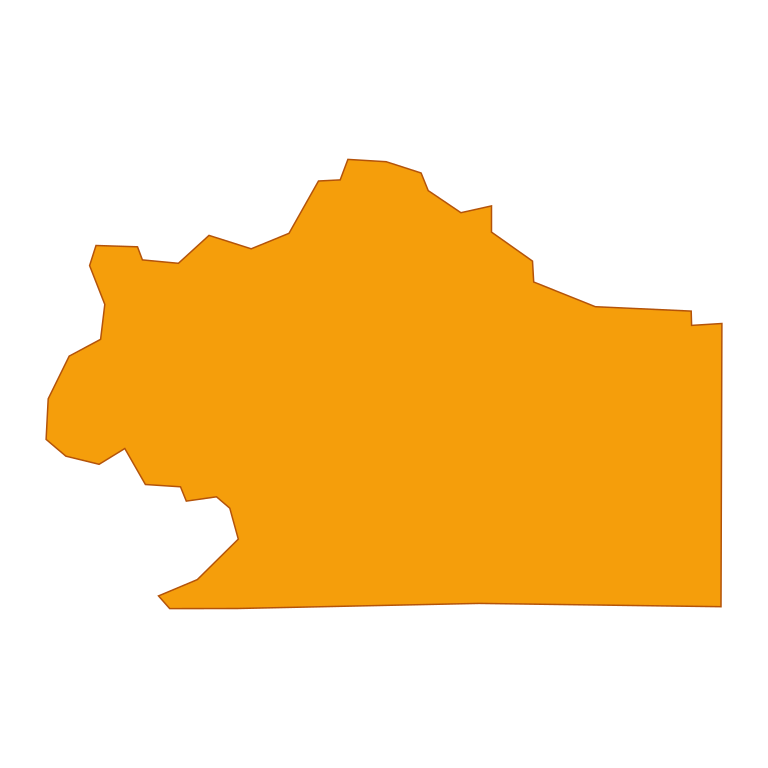 the district of Clear Creek, Colorado, United States of America
{"feature_id": "52423323B93273750320720", "entity_name": "Clear Creek", "entity_type": "district", "adm_level": 2, "iso_a3": "USA", "parent_name": "United States of America", "parent_adm1": "Colorado", "projection": "robinson", "projection_center": [-105.736, 39.708], "detail": "fine", "context": "isolated", "style": "filled", "palette": "amber", "viewbox_px": 768, "rotation_deg": 0, "n_neighbors": 0, "source": "geoboundaries", "source_scale": "gbopen_adm2", "svg_char_len": 652}
<svg xmlns="http://www.w3.org/2000/svg" viewBox="0 0 768 768"><path d="M48.2,398.8L46.1,439.4L65.9,456.2L99.1,464.3L124.8,448.5L145.4,484.5L180.5,486.8L186.3,501.1L216.5,496.8L229.8,508.2L238.3,539.1L197.3,579.6L158.5,595.9L169.7,608.6L237.5,608.5L479.0,603.4L721.0,606.7L721.9,323.5L691.6,325.4L691.2,311.1L595.3,306.7L533.7,282.0L532.5,261.1L491.5,232.1L491.5,205.9L460.9,212.7L428.2,190.6L421.1,173.0L386.1,161.7L347.9,159.4L340.2,179.9L318.5,181.0L289.0,233.3L251.2,248.8L209.0,235.4L178.4,263.3L142.4,259.9L137.5,246.8L96.0,245.5L89.6,265.6L104.8,304.4L100.6,339.3L69.2,356.1L48.2,398.8Z" fill="#f59e0b" stroke="#b45309" stroke-width="1.5"/></svg>